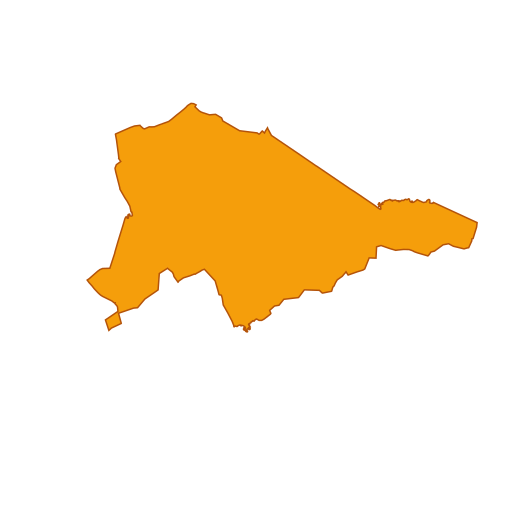 outline of Augstkalnes pag., Tervetes, Latvia, rotated 209°
{"feature_id": "27541924B87750651157185", "entity_name": "Augstkalnes pag.", "entity_type": "district", "adm_level": 2, "iso_a3": "LVA", "parent_name": "Latvia", "parent_adm1": "Tervetes", "projection": "mercator", "projection_center": [23.356, 56.418], "detail": "fine", "context": "isolated", "style": "filled", "palette": "amber", "viewbox_px": 512, "rotation_deg": 209, "n_neighbors": 0, "source": "geoboundaries", "source_scale": "gbopen_adm2", "svg_char_len": 5988}
<svg xmlns="http://www.w3.org/2000/svg" viewBox="0 0 512 512"><g transform="rotate(209 256 256)"><path d="M392.0,153.1L388.9,151.7L384.8,150.3L381.5,148.9L376.5,147.3L374.2,146.7L372.5,146.4L370.5,146.3L362.4,146.7L360.4,146.8L357.2,146.3L356.5,146.8L356.4,146.4L356.3,146.1L356.1,145.9L353.8,145.1L352.8,144.6L352.3,144.1L351.1,142.4L349.9,140.6L356.7,127.1L348.6,119.6L347.5,122.9L341.2,131.6L341.2,131.8L348.5,139.3L346.0,142.0L337.8,151.1L334.7,153.2L334.5,153.4L333.0,161.1L332.3,164.6L326.4,176.4L325.2,178.9L332.1,193.8L327.4,202.4L326.8,202.2L321.4,201.3L319.6,200.2L318.0,198.5L317.3,198.0L311.5,195.3L311.4,195.5L311.5,196.1L311.1,197.3L308.8,201.8L304.4,206.4L301.1,210.4L300.5,210.5L300.3,210.7L299.6,212.0L297.2,215.8L297.3,215.9L296.2,217.7L294.7,219.4L279.6,214.4L279.3,214.1L274.6,209.4L274.6,209.5L269.6,204.3L269.1,204.3L268.5,204.6L267.3,204.9L265.1,202.8L260.9,197.3L253.2,192.6L245.2,187.3L241.9,184.6L241.4,183.8L241.0,183.6L240.8,183.5L240.6,184.0L240.4,184.4L240.0,184.7L238.5,185.1L238.2,185.4L238.1,186.0L237.0,187.5L236.5,187.9L235.6,188.2L235.5,187.7L235.2,187.6L234.9,187.9L234.4,188.6L233.0,188.9L232.8,188.9L232.0,188.6L231.0,188.5L230.8,188.3L231.4,187.8L231.7,187.5L231.8,187.3L231.7,187.2L231.3,187.2L231.1,187.5L230.9,187.5L231.3,187.1L231.6,186.2L231.4,185.8L231.0,185.6L230.5,185.4L230.2,185.5L230.1,186.0L230.1,186.4L230.0,186.5L229.6,186.0L229.1,185.9L228.9,185.4L228.7,185.2L228.3,185.1L227.6,185.1L227.1,185.2L226.8,185.4L226.7,185.6L226.7,185.8L226.9,186.1L228.0,186.6L228.3,186.9L228.3,187.0L227.8,188.9L227.7,189.0L227.5,188.6L227.4,188.5L226.4,188.3L225.9,188.6L225.7,189.0L225.9,189.7L226.1,189.8L226.8,190.0L227.5,189.9L227.7,190.0L227.3,190.8L226.9,190.7L226.7,190.8L226.6,191.1L227.0,191.3L228.2,192.0L228.2,192.4L228.8,192.2L229.1,192.2L229.2,192.3L229.4,193.0L229.2,193.4L228.9,193.8L228.6,194.6L228.2,194.9L228.2,195.1L228.4,195.6L228.0,196.0L227.9,196.3L227.9,196.7L227.5,197.0L227.4,197.9L227.2,198.0L226.9,197.9L226.5,197.9L226.1,198.1L226.0,198.3L226.1,198.7L226.1,199.2L225.5,200.1L225.4,200.3L225.3,201.0L224.6,201.2L222.0,201.2L219.9,202.4L219.7,202.6L218.3,204.8L215.5,211.4L215.5,211.7L215.2,212.1L215.2,212.5L215.2,213.1L217.6,214.9L217.7,215.1L215.6,221.1L215.4,221.4L212.2,223.9L212.0,224.1L210.7,231.6L206.4,234.7L199.0,240.0L198.7,240.3L198.5,241.3L197.4,249.2L197.3,249.8L197.0,250.0L183.9,256.7L180.5,255.8L180.1,255.8L179.6,256.0L173.0,261.6L172.9,261.8L172.8,262.0L172.9,262.5L173.7,265.9L173.2,267.8L173.5,270.7L173.4,274.3L173.3,274.7L170.7,280.1L170.0,283.8L169.7,284.6L169.6,285.8L166.2,284.0L160.0,291.0L155.6,295.6L154.6,297.4L156.1,309.2L150.0,312.3L155.0,322.5L151.7,325.8L142.4,327.4L136.6,328.7L134.7,330.1L130.1,333.3L125.2,335.9L121.7,336.5L119.6,336.5L116.5,337.0L105.7,339.4L105.3,340.8L104.9,344.3L102.3,346.8L97.8,356.5L93.5,360.1L88.1,360.2L83.8,361.4L77.8,363.0L77.4,363.2L75.1,365.5L74.5,365.9L74.0,366.4L74.6,373.8L75.5,375.6L74.6,376.5L77.0,387.9L77.1,388.3L78.8,392.4L126.5,388.9L126.4,388.7L126.6,388.4L127.0,388.3L127.1,388.2L127.1,387.7L128.3,387.0L129.9,386.7L130.2,387.0L130.3,387.9L130.5,388.1L130.8,388.8L131.5,389.3L132.1,389.3L132.5,389.0L133.2,387.7L133.4,387.3L133.3,386.6L133.3,385.9L135.2,384.1L136.5,383.8L138.1,383.7L140.2,383.5L142.2,383.5L142.4,383.3L142.6,382.9L142.9,381.7L143.3,381.1L143.8,380.1L144.3,379.4L144.6,379.0L144.9,378.8L145.4,378.6L145.5,378.6L145.6,378.8L145.5,379.2L145.6,379.4L145.8,379.7L146.1,379.7L146.3,379.6L146.4,379.3L146.4,379.0L146.1,378.5L146.1,378.3L146.3,378.2L147.8,378.5L148.8,379.4L149.3,380.0L149.6,380.1L150.1,380.1L150.3,379.9L150.9,378.8L151.2,378.5L151.6,378.3L152.4,378.3L152.7,378.1L153.0,377.7L153.4,377.3L153.7,376.2L153.8,376.1L154.5,376.0L155.1,375.4L155.5,375.4L155.7,375.2L156.1,374.2L156.7,374.0L156.7,373.9L156.6,373.5L157.0,373.0L157.3,373.0L157.8,373.5L158.1,373.4L158.1,373.2L157.8,372.9L157.9,372.7L158.9,373.0L159.6,372.5L160.7,372.6L161.2,372.5L162.8,371.3L163.3,370.3L163.4,370.2L163.8,370.2L164.0,370.7L164.1,370.8L164.4,370.7L165.1,370.1L165.4,370.2L166.0,370.4L166.4,370.3L168.9,367.4L169.9,366.8L170.0,366.3L170.1,365.4L170.4,364.9L171.0,364.5L171.3,364.0L171.5,362.9L171.5,362.7L171.3,362.6L170.9,362.9L170.5,363.1L170.2,363.0L170.2,362.8L171.0,362.1L171.4,361.4L171.9,361.4L173.2,361.8L173.7,362.4L173.9,362.4L174.1,362.3L174.0,361.2L174.2,360.4L174.1,360.2L173.5,360.2L172.8,359.9L172.6,359.6L172.7,359.0L172.6,358.7L172.4,358.8L172.0,359.4L171.5,359.8L171.2,360.0L171.1,359.9L170.6,359.0L169.9,358.2L169.6,357.7L169.7,357.3L170.0,357.0L172.7,357.2L176.8,357.8L200.9,360.0L206.4,360.3L246.6,364.0L246.7,363.9L265.3,365.7L300.9,368.9L307.3,373.0L308.1,373.7L308.3,370.0L308.2,367.7L311.1,368.4L311.2,368.2L312.0,364.7L312.1,364.4L312.4,364.2L312.8,364.0L314.3,364.2L314.7,364.2L331.1,357.6L350.5,358.0L352.9,360.0L353.2,360.1L359.7,360.3L360.0,360.3L362.2,358.9L365.1,356.9L370.9,355.8L371.0,355.7L373.9,355.3L376.1,355.4L381.7,356.9L381.6,359.1L384.4,359.0L386.8,358.0L388.4,355.2L389.0,353.7L389.3,352.2L390.5,348.8L392.1,344.7L393.7,341.0L396.1,334.7L397.6,331.3L404.2,323.8L407.5,319.8L409.7,318.4L412.0,317.2L414.3,314.2L415.2,313.1L416.7,312.9L420.8,313.9L420.9,314.0L425.3,310.8L428.2,307.5L436.2,297.0L438.0,294.6L438.0,294.4L434.3,289.9L425.6,278.2L423.5,275.2L423.4,274.7L420.1,273.1L422.4,268.2L421.9,264.6L421.7,264.2L419.6,261.7L407.9,249.3L407.8,249.0L407.3,248.4L399.2,243.5L395.0,241.3L390.5,238.4L386.8,234.2L386.3,234.0L386.0,234.2L385.1,233.3L384.6,232.5L383.9,231.9L383.8,231.3L384.0,230.8L384.2,230.6L384.7,230.3L385.8,230.1L386.4,229.5L386.8,229.6L386.6,231.0L386.6,231.3L387.2,231.2L387.7,230.4L387.9,229.7L387.6,229.3L387.5,229.1L387.4,228.7L387.2,228.2L386.9,228.0L386.4,227.9L386.2,227.8L386.0,227.4L386.1,227.1L386.3,226.8L386.7,226.7L387.9,226.9L388.6,227.4L388.7,227.2L388.8,225.9L388.7,224.9L387.2,218.3L383.8,202.1L381.3,191.1L380.9,189.9L377.9,174.4L384.1,170.7L386.1,168.2L386.6,166.8L387.0,166.2L390.9,155.3L392.0,153.1Z" fill="#f59e0b" stroke="#b45309" stroke-width="1.5"/></g></svg>